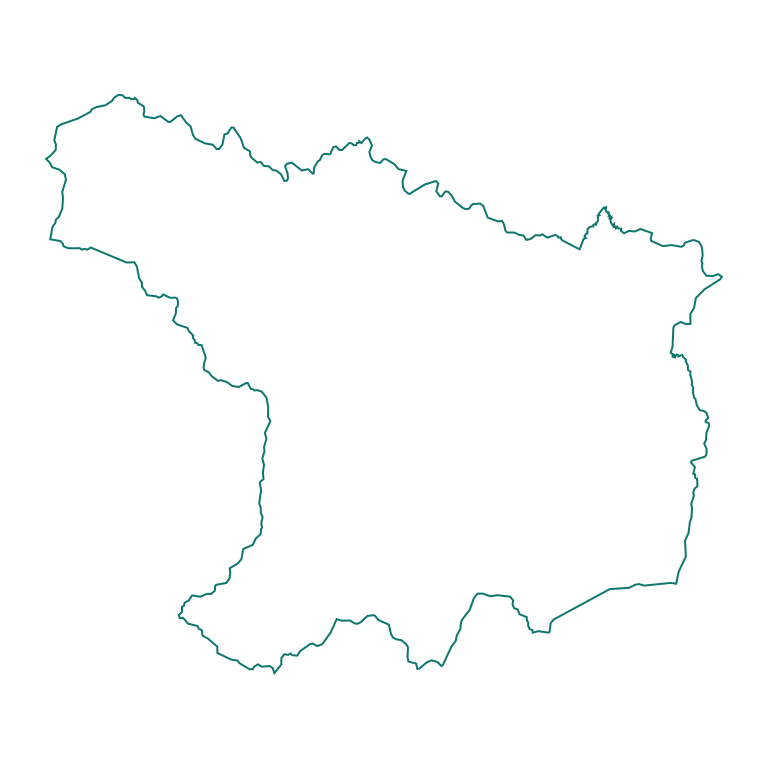 Phanom, Surat Thani, Thailand
{"feature_id": "78962969B14493078239270", "entity_name": "Phanom", "entity_type": "district", "adm_level": 2, "iso_a3": "THA", "parent_name": "Thailand", "parent_adm1": "Surat Thani", "projection": "robinson", "projection_center": [98.753, 8.805], "detail": "fine", "context": "isolated", "style": "outline", "palette": "teal", "viewbox_px": 768, "rotation_deg": 0, "n_neighbors": 0, "source": "geoboundaries", "source_scale": "gbopen_adm2", "svg_char_len": 6085}
<svg xmlns="http://www.w3.org/2000/svg" viewBox="0 0 768 768"><path d="M134.8,97.9L134.3,98.8L131.3,99.2L129.5,97.9L125.0,97.9L122.8,95.4L118.5,94.8L114.5,97.4L111.8,101.1L105.3,105.3L96.4,107.1L91.7,109.4L90.4,111.9L78.0,118.5L61.0,124.4L57.1,126.9L54.3,140.2L55.9,144.5L55.7,150.0L51.3,154.9L46.1,158.9L49.8,162.7L52.3,167.3L59.2,169.6L64.7,174.1L66.0,179.6L62.2,192.1L63.0,197.4L62.3,208.7L58.8,217.0L55.9,219.6L55.3,223.0L52.5,226.8L50.2,239.3L60.2,241.0L62.6,243.3L63.7,246.4L68.5,248.3L79.8,248.2L81.6,249.6L84.9,248.9L87.5,249.6L90.7,247.5L126.5,262.5L134.4,262.3L136.9,266.6L139.1,278.0L142.0,283.1L141.9,286.6L145.3,291.1L147.0,295.2L156.2,296.3L158.7,297.7L162.0,296.2L163.0,294.4L170.2,297.8L175.8,297.7L177.2,298.7L178.1,302.1L177.7,306.0L176.2,307.8L175.8,313.6L173.0,320.3L177.0,324.4L187.5,327.9L188.8,331.0L193.3,335.7L192.7,337.6L194.7,340.1L195.2,342.8L197.4,343.3L198.4,344.9L201.6,345.1L205.8,357.7L204.0,363.9L203.6,367.8L204.3,370.0L208.7,372.3L211.6,376.1L218.0,380.9L220.8,380.2L226.5,381.9L232.5,386.0L238.8,387.0L246.0,383.1L247.8,383.0L250.7,388.8L253.4,389.4L254.4,390.5L257.1,390.1L261.8,391.7L266.5,397.7L268.2,407.3L268.0,416.7L270.4,421.1L264.9,432.8L266.4,438.8L264.0,447.1L264.5,451.4L262.3,458.4L264.0,464.9L262.9,472.7L263.5,479.3L260.4,481.5L259.7,483.2L261.1,489.8L259.2,503.4L260.8,508.0L260.8,512.7L262.6,517.2L261.2,523.3L262.1,527.4L261.0,529.6L260.7,534.0L255.8,538.5L252.8,544.8L243.2,549.0L241.4,559.2L238.0,563.2L229.7,568.3L230.3,572.5L229.5,578.6L226.2,583.0L216.2,584.8L215.2,586.1L214.7,590.9L210.8,594.1L207.0,593.8L200.3,596.7L192.1,595.4L189.0,600.2L184.7,602.7L183.9,605.7L182.0,607.0L182.0,612.1L178.7,614.9L179.7,618.0L183.1,617.9L188.0,623.6L197.6,626.1L198.9,628.9L201.8,630.1L202.6,635.7L207.9,638.6L217.3,646.6L217.4,653.0L231.7,659.8L237.4,660.5L239.3,663.1L249.6,669.3L253.0,669.1L254.0,666.9L258.0,664.3L261.7,666.7L269.5,666.0L272.8,668.1L274.4,673.2L281.3,664.5L281.4,658.0L284.4,654.2L288.1,654.9L290.4,653.5L292.1,655.2L297.3,655.6L300.3,650.9L310.5,643.9L312.7,643.6L317.3,646.1L322.3,644.2L330.7,632.4L336.7,619.1L341.7,620.7L349.9,620.5L354.5,623.3L357.5,623.8L360.8,622.2L367.5,615.9L373.5,615.2L375.0,615.7L378.3,620.0L388.9,624.7L390.9,633.8L392.9,637.5L396.0,639.2L401.4,640.2L406.2,644.3L408.0,647.3L407.5,656.9L408.4,661.5L416.1,663.6L417.3,668.8L419.3,668.7L426.7,662.4L431.6,660.3L437.4,662.0L441.4,666.0L442.8,665.0L451.6,646.3L455.7,640.9L456.7,635.6L460.3,629.3L460.9,622.8L462.1,619.7L469.8,609.7L473.8,598.3L477.4,593.7L482.6,593.6L490.7,596.3L497.5,595.2L510.2,596.7L513.2,600.4L512.5,604.2L514.2,608.3L517.7,609.4L519.5,614.2L526.7,617.1L526.9,620.4L528.3,622.8L528.1,625.8L529.6,629.0L532.4,630.1L532.7,632.6L538.3,631.2L548.7,632.6L549.6,631.8L550.7,623.1L553.7,619.5L609.8,589.1L629.0,587.8L635.5,584.6L639.1,584.1L644.1,585.6L670.5,582.9L676.2,583.7L678.6,571.9L685.9,556.3L685.0,540.7L688.5,533.1L689.8,522.6L691.5,517.2L692.0,508.1L691.2,503.9L693.9,495.7L693.3,492.4L694.5,488.7L697.1,486.6L697.5,484.7L697.0,478.9L695.1,477.5L695.1,474.4L693.3,473.8L694.9,467.1L690.8,462.2L691.8,460.7L704.9,456.7L706.3,454.9L706.7,449.2L704.2,443.5L706.0,440.0L706.4,433.2L709.1,425.7L708.7,423.2L705.6,421.9L705.9,420.0L708.2,417.8L706.4,412.8L703.8,411.0L699.9,410.2L696.8,405.4L695.4,398.8L693.9,397.2L692.9,391.6L693.3,387.7L691.7,385.0L692.1,381.7L690.3,374.8L690.5,371.7L687.9,369.7L687.9,365.7L685.6,360.9L686.1,359.8L683.0,356.9L682.2,354.9L678.4,356.4L677.9,354.9L676.6,354.6L674.8,357.5L673.3,356.9L674.6,356.1L673.7,354.5L672.6,355.4L672.4,353.9L670.7,352.8L672.5,347.0L673.4,327.5L674.6,325.3L680.6,322.0L686.4,324.2L690.5,323.8L690.3,314.1L694.0,308.1L695.9,298.0L704.4,289.4L720.3,279.2L721.9,276.8L718.2,274.2L713.0,276.0L706.5,275.8L702.8,271.0L701.9,266.3L702.4,263.4L701.4,260.9L702.6,255.9L702.3,250.0L701.5,246.2L698.9,241.9L694.0,240.1L691.4,240.5L685.0,242.8L683.6,245.6L681.3,246.8L671.7,245.1L662.8,246.1L651.1,240.8L650.8,238.4L652.1,233.1L640.4,229.0L634.8,231.5L628.9,230.9L624.0,233.3L621.0,230.9L621.2,228.6L618.2,228.5L617.4,226.8L616.0,228.1L615.8,225.8L615.6,226.8L613.7,227.1L614.0,224.0L612.7,225.3L611.0,222.9L610.4,219.7L611.5,218.2L610.0,218.3L610.7,217.1L609.7,217.4L610.0,216.0L608.7,215.9L609.4,214.6L608.2,213.6L608.8,212.4L606.5,211.7L605.7,210.1L606.0,207.3L604.9,207.8L604.7,206.6L604.7,208.6L603.4,207.9L598.5,214.2L599.5,215.3L597.7,215.9L598.1,219.8L597.3,222.3L596.0,222.8L596.1,224.7L594.3,224.3L593.3,224.9L593.3,226.4L589.9,226.8L587.6,229.0L587.3,233.6L586.1,233.7L584.5,236.2L585.9,238.1L583.7,238.9L579.6,249.3L562.7,240.6L561.1,239.0L560.8,237.3L558.4,237.7L558.0,236.4L555.4,234.9L547.3,237.6L542.2,234.3L539.8,235.5L535.6,235.2L530.6,239.0L526.4,239.9L523.4,235.5L519.5,235.0L514.2,232.5L507.1,232.5L505.4,230.6L503.9,224.1L502.1,221.0L498.0,221.4L487.7,217.6L483.2,205.8L480.1,203.6L473.3,204.0L471.2,205.4L469.1,208.7L465.7,209.1L462.8,207.9L455.0,201.7L451.7,195.7L448.4,191.9L445.4,191.4L441.7,196.3L439.9,196.3L436.3,191.2L438.3,183.4L435.8,181.0L424.8,184.5L409.3,194.0L408.2,193.5L404.8,190.7L403.0,187.1L402.6,180.6L406.4,170.9L398.5,169.1L394.3,164.1L385.9,159.1L383.3,159.4L380.1,163.0L375.4,162.0L372.2,160.0L370.3,156.3L369.4,151.8L372.0,145.6L369.6,140.0L367.3,137.5L365.2,138.5L361.4,143.1L359.2,141.3L359.0,142.6L356.9,143.1L356.0,145.1L353.7,145.1L351.7,143.4L349.3,143.0L342.1,150.0L339.5,150.0L336.0,146.4L333.3,147.2L330.0,154.3L324.4,153.9L322.2,155.2L319.9,160.0L317.6,161.6L314.2,167.4L313.6,173.5L312.5,173.5L308.2,169.2L301.8,170.5L291.9,162.7L286.8,163.8L285.0,166.3L287.5,173.0L288.0,178.8L286.6,180.9L284.3,180.9L281.1,174.3L276.2,170.5L272.7,170.1L269.0,166.3L264.0,166.0L260.6,161.9L257.4,162.6L251.6,157.7L250.2,155.5L250.0,151.3L244.0,147.9L240.8,138.5L233.5,127.5L231.3,127.6L227.4,133.6L224.4,134.4L222.5,144.3L219.3,149.0L216.5,149.0L212.8,144.7L205.0,143.4L195.5,138.9L192.8,134.5L190.6,126.3L186.6,123.1L180.9,115.2L177.0,116.5L170.1,122.1L168.2,121.8L160.4,116.0L154.3,118.3L144.4,116.6L143.5,114.5L144.3,110.9L143.8,106.5L137.9,102.7L137.3,100.1L134.8,97.9Z" fill="none" stroke="#0f766e" stroke-width="2"/></svg>